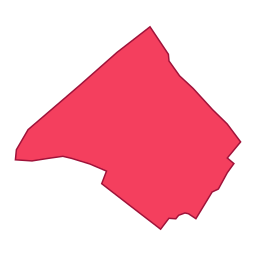 Almazar, Tashkent, Uzbekistan
{"feature_id": "79887680B42148642049849", "entity_name": "Almazar", "entity_type": "district", "adm_level": 2, "iso_a3": "UZB", "parent_name": "Uzbekistan", "parent_adm1": "Tashkent", "projection": "orthographic", "projection_center": [69.193, 41.327], "detail": "fine", "context": "isolated", "style": "filled", "palette": "rose", "viewbox_px": 256, "rotation_deg": 0, "n_neighbors": 0, "source": "geoboundaries", "source_scale": "gbopen_adm2", "svg_char_len": 545}
<svg xmlns="http://www.w3.org/2000/svg" viewBox="0 0 256 256"><path d="M15.4,159.8L32.0,160.9L49.3,158.2L62.9,156.3L71.7,158.4L89.9,164.0L106.5,171.1L101.7,183.7L129.3,205.1L160.6,229.2L168.9,218.3L175.8,218.8L178.6,215.3L184.9,213.0L188.4,213.7L195.9,218.7L212.1,192.0L218.4,189.0L227.3,172.7L231.1,167.4L233.9,163.6L227.3,158.0L240.6,141.9L227.2,124.0L212.5,109.6L193.1,88.4L179.6,75.9L169.0,61.0L168.4,54.3L150.0,26.8L117.1,52.3L79.6,85.4L69.0,94.5L28.1,129.6L16.4,149.7L15.4,159.8Z" fill="#f43f5e" stroke="#9f1239" stroke-width="1.5"/></svg>